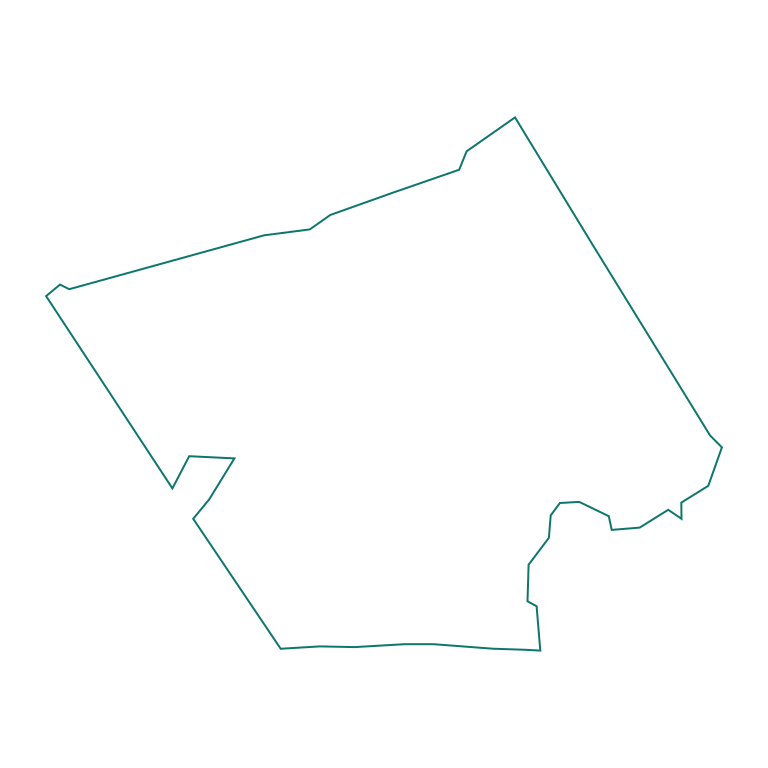 Carroll, Virginia, United States of America
{"feature_id": "52423323B67213994526810", "entity_name": "Carroll", "entity_type": "district", "adm_level": 2, "iso_a3": "USA", "parent_name": "United States of America", "parent_adm1": "Virginia", "projection": "natural_earth1", "projection_center": [-80.707, 36.745], "detail": "fine", "context": "isolated", "style": "outline", "palette": "teal", "viewbox_px": 768, "rotation_deg": 0, "n_neighbors": 0, "source": "geoboundaries", "source_scale": "gbopen_adm2", "svg_char_len": 652}
<svg xmlns="http://www.w3.org/2000/svg" viewBox="0 0 768 768"><path d="M193.2,518.8L280.7,648.8L281.1,648.8L281.7,648.7L319.8,646.4L354.6,647.1L404.4,644.2L433.7,644.2L480.9,647.8L492.8,648.7L525.7,649.8L540.3,650.6L536.6,606.3L527.5,601.3L528.6,564.7L548.9,537.8L550.7,515.4L559.9,503.0L579.2,501.9L608.8,516.2L611.7,529.9L639.7,527.6L668.2,509.8L681.5,518.8L681.3,502.6L708.3,485.8L721.9,447.4L710.1,435.5L591.9,243.6L515.0,117.4L466.6,151.3L459.2,169.7L392.8,192.7L330.4,214.9L309.8,229.4L264.1,235.3L69.2,289.2L60.0,284.6L46.1,296.1L172.4,488.4L189.2,456.2L234.4,458.4L209.2,499.4L193.2,518.8Z" fill="none" stroke="#0f766e" stroke-width="2"/></svg>